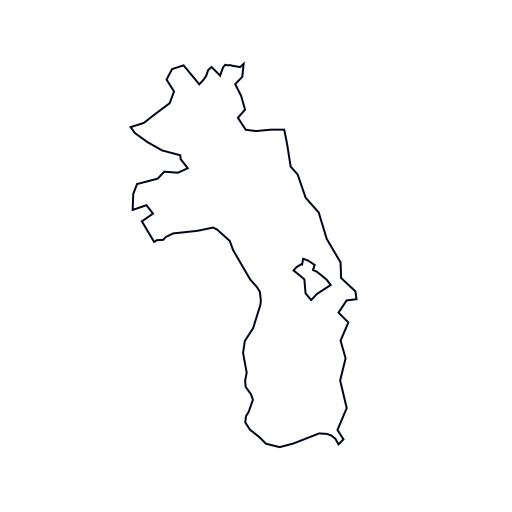 outline of Pskent, Tashkent, Uzbekistan, rotated 45°
{"feature_id": "79887680B75193688061986", "entity_name": "Pskent", "entity_type": "district", "adm_level": 2, "iso_a3": "UZB", "parent_name": "Uzbekistan", "parent_adm1": "Tashkent", "projection": "natural_earth1", "projection_center": [69.451, 40.796], "detail": "fine", "context": "isolated", "style": "outline", "palette": "ink", "viewbox_px": 512, "rotation_deg": 45, "n_neighbors": 0, "source": "geoboundaries", "source_scale": "gbopen_adm2", "svg_char_len": 1647}
<svg xmlns="http://www.w3.org/2000/svg" viewBox="0 0 512 512"><g transform="rotate(45 256 256)"><path d="M111.4,128.9L111.2,133.6L107.3,136.4L104.6,138.3L102.9,139.2L100.7,141.6L99.0,142.6L99.4,146.1L103.1,153.9L101.5,153.8L91.0,153.8L90.8,156.3L90.7,158.3L91.2,159.4L93.5,164.0L94.3,168.7L94.5,174.7L70.0,172.4L64.5,183.2L68.0,194.5L81.7,197.6L86.9,209.0L84.1,228.6L82.6,241.2L76.2,253.5L83.5,254.7L98.4,252.3L115.1,247.7L131.2,238.3L134.3,240.8L145.7,242.2L141.9,252.3L131.5,261.3L131.8,270.8L121.0,289.2L125.3,298.9L136.2,310.6L142.6,297.5L153.2,298.9L150.8,312.2L174.0,318.1L174.6,315.1L178.9,310.3L178.8,306.3L181.5,298.5L187.7,290.9L197.0,279.3L205.5,266.3L209.7,264.8L226.9,263.9L235.5,268.0L268.4,276.7L278.6,277.3L284.1,278.6L291.3,284.4L293.9,287.9L305.0,309.1L308.2,324.0L315.4,333.7L331.8,345.0L336.7,352.1L341.3,355.9L350.2,357.3L355.5,359.9L361.0,371.3L362.1,376.1L366.0,381.2L369.4,382.0L374.7,383.1L386.2,381.7L395.8,381.7L407.9,374.4L414.9,362.4L426.1,336.8L431.9,331.7L436.2,329.7L441.2,329.1L447.5,330.8L447.5,323.8L436.6,321.4L427.7,299.4L403.5,284.5L391.7,265.0L375.6,256.0L368.3,237.7L354.4,237.7L351.5,223.3L357.6,215.5L351.3,210.7L331.8,211.4L320.4,200.8L293.9,193.9L269.6,180.9L249.9,179.7L227.8,168.9L217.3,168.3L198.9,154.9L186.6,146.7L177.5,155.8L167.7,167.6L159.5,174.0L145.5,171.1L144.7,160.2L132.3,153.3L119.8,149.2L119.6,139.0L111.4,128.9ZM303.8,220.8L306.2,225.6L310.2,224.1L316.2,223.4L323.0,222.8L329.3,223.7L325.9,239.8L326.2,248.1L317.5,247.4L306.7,238.3L299.5,238.9L292.8,239.7L292.5,235.1L293.9,229.7L294.6,229.4L291.3,224.6L296.1,222.4L303.8,220.8Z" fill="none" stroke="#020617" stroke-width="2"/></g></svg>